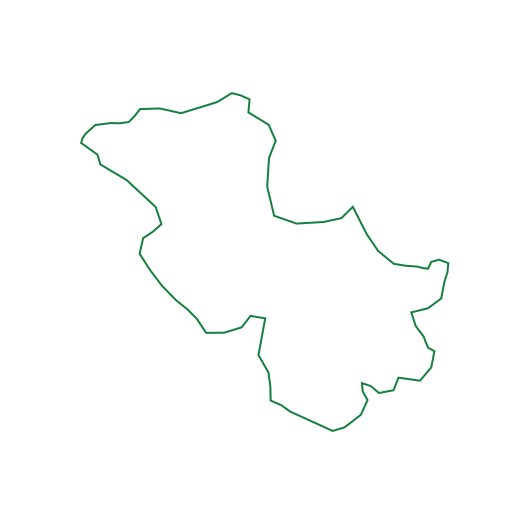 the District of Vavuniyāva, rotated 103°
{"feature_id": "LKA-2456", "entity_name": "Vavuniyāva", "entity_type": "District", "adm_level": 1, "iso_a3": "LKA", "parent_name": "Sri Lanka", "parent_adm1": "", "projection": "equal_earth", "projection_center": [80.482, 8.836], "detail": "fine", "context": "isolated", "style": "outline", "palette": "green", "viewbox_px": 512, "rotation_deg": 103, "n_neighbors": 0, "source": "natural_earth", "source_scale": "10m", "svg_char_len": 1141}
<svg xmlns="http://www.w3.org/2000/svg" viewBox="0 0 512 512"><g transform="rotate(103 256 256)"><path d="M393.6,209.2L379.8,212.7L366.6,217.7L352.0,231.3L314.7,233.0L315.6,247.9L328.7,253.9L337.9,269.8L342.1,287.3L330.2,299.9L323.1,311.5L317.1,323.9L306.1,341.0L293.4,356.2L280.0,369.9L264.0,370.0L255.5,361.9L246.2,355.3L230.9,364.7L211.2,399.0L201.8,428.2L192.9,433.3L185.2,451.8L180.3,451.5L175.1,449.5L164.5,442.0L159.2,427.6L157.3,418.5L154.1,410.1L146.7,405.6L139.0,402.1L133.9,383.1L133.7,361.1L114.7,328.4L102.8,316.3L102.9,307.5L104.8,297.5L117.8,295.7L125.3,273.1L139.3,262.7L157.5,265.4L185.8,260.7L212.7,247.4L215.3,223.8L207.7,197.9L199.9,181.3L186.3,172.7L209.6,153.2L223.6,138.1L232.6,120.0L231.9,108.5L230.1,97.0L230.2,91.0L229.7,85.5L222.3,83.9L218.4,76.8L219.7,67.0L228.7,65.8L238.4,66.6L255.7,66.0L268.2,76.6L276.0,92.0L288.3,84.6L296.9,74.4L301.9,71.2L306.7,67.5L307.6,64.1L308.7,60.7L325.1,60.2L340.6,68.1L342.5,89.8L355.9,91.8L361.8,105.4L356.9,114.9L356.1,124.1L363.9,121.6L371.3,114.9L387.1,118.1L403.1,131.2L409.2,142.0L399.9,187.8L395.8,197.4L393.6,209.2Z" fill="none" stroke="#15803d" stroke-width="2"/></g></svg>